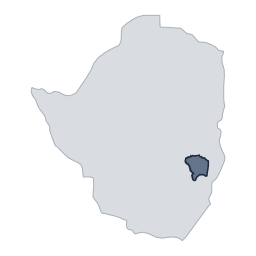 Bikita, Masvingo, Zimbabwe (highlighted)
{"feature_id": "62879985B26822606878793", "entity_name": "Bikita", "entity_type": "district", "adm_level": 2, "iso_a3": "ZWE", "parent_name": "Zimbabwe", "parent_adm1": "Masvingo", "projection": "equal_earth", "projection_center": [31.804, -20.202], "detail": "fine", "context": "in_parent", "style": "filled", "palette": "slate", "viewbox_px": 256, "rotation_deg": 0, "n_neighbors": 0, "source": "geoboundaries", "source_scale": "gbopen_adm2", "svg_char_len": 5690}
<svg xmlns="http://www.w3.org/2000/svg" viewBox="0 0 256 256"><path d="M182.3,240.6L180.1,238.8L177.1,237.5L173.2,237.0L168.2,237.2L162.0,238.2L155.4,237.0L148.3,233.5L142.4,232.2L135.4,233.7L135.1,233.8L133.8,232.6L131.9,230.0L128.7,229.6L127.8,228.9L127.1,228.0L126.6,226.8L126.4,225.4L126.9,221.2L126.6,220.7L125.8,220.2L124.0,219.7L119.8,217.7L114.4,215.9L105.8,213.8L102.4,213.3L101.7,212.7L100.7,211.1L99.0,206.2L97.4,203.0L93.6,198.0L93.0,196.5L93.2,192.5L93.4,189.3L93.8,186.6L93.6,184.0L93.5,180.9L93.6,178.8L93.1,177.9L91.7,177.2L87.9,176.9L83.2,177.0L83.0,173.8L82.5,168.9L81.6,166.0L80.6,164.5L78.4,162.9L74.0,160.8L68.1,157.6L63.0,152.8L57.1,146.8L55.3,145.8L53.1,140.2L49.7,130.6L49.9,127.4L49.4,125.8L46.2,121.1L45.5,118.6L44.9,116.2L39.7,109.2L38.0,106.2L36.6,102.3L35.3,99.2L34.2,98.0L32.7,95.8L31.7,93.4L31.2,91.6L31.5,89.2L32.0,87.6L36.8,89.3L39.5,89.4L41.5,88.6L44.1,89.7L47.1,92.9L50.4,93.5L54.0,91.5L58.8,92.1L64.9,95.2L70.0,95.8L75.9,93.1L81.2,85.4L86.2,78.1L91.1,69.8L94.0,63.0L98.4,57.5L104.1,53.2L110.0,49.6L119.0,45.3L120.8,41.6L121.3,37.7L121.3,32.2L121.8,28.6L122.7,27.0L124.2,25.7L126.1,24.0L132.0,19.9L137.0,17.2L143.1,15.4L149.7,15.4L156.1,15.4L159.8,15.4L159.8,20.7L160.1,26.6L160.8,27.2L165.7,27.3L173.4,27.8L180.8,28.2L185.6,32.5L187.2,33.4L192.1,34.6L198.4,41.8L206.0,42.5L211.2,44.7L215.8,47.2L218.5,50.1L220.2,50.8L222.5,51.0L223.6,51.3L223.3,53.4L221.8,57.1L222.0,62.2L224.1,69.4L224.4,75.6L223.7,86.6L223.7,97.2L223.9,101.0L224.2,103.5L224.7,104.9L224.6,106.5L223.3,110.9L222.3,115.6L222.3,117.5L221.9,118.8L221.1,120.0L217.8,122.1L217.3,123.5L217.3,125.9L217.7,127.9L218.9,128.7L220.4,129.8L221.0,131.3L221.0,132.9L220.5,135.9L219.2,140.8L220.5,146.5L221.9,150.1L224.0,154.3L224.8,157.0L224.8,158.8L224.5,160.6L221.4,168.4L219.2,173.2L216.5,178.3L212.9,181.5L212.0,183.1L211.7,184.8L211.8,188.7L211.6,192.7L208.6,198.8L210.5,204.2L210.0,204.6L209.0,205.4L204.7,211.4L200.3,217.4L197.0,221.8L193.4,226.8L189.3,232.4L185.8,237.2L182.3,240.6Z" fill="#d9dde1" stroke="#a8b0b8" stroke-width="1"/><path d="M208.3,161.1L208.2,160.8L208.0,160.7L207.8,160.5L207.5,160.5L207.2,160.5L207.1,160.4L206.9,160.4L206.7,160.2L206.5,159.9L206.4,159.8L206.2,159.8L206.1,159.7L205.9,159.5L205.8,159.4L205.7,159.2L205.4,159.1L205.1,158.8L205.0,158.7L204.9,158.1L204.7,158.0L204.6,157.9L204.0,157.9L203.4,157.9L202.6,157.9L202.6,158.0L202.3,158.0L202.2,158.0L202.2,157.9L202.1,157.6L201.9,157.4L201.8,156.9L201.7,156.8L201.4,156.6L201.2,156.6L200.9,156.7L200.5,156.7L200.3,156.6L200.0,156.4L199.9,156.4L199.7,156.3L199.5,156.1L199.4,156.0L199.4,155.9L199.3,155.7L199.2,155.5L199.2,155.2L198.6,155.3L198.2,155.4L197.8,155.5L197.5,155.6L197.2,155.6L196.5,155.6L196.2,155.8L195.7,155.8L195.3,156.1L195.1,156.1L194.9,155.9L194.5,155.9L194.2,155.9L193.7,155.8L193.3,155.7L193.1,155.7L192.9,155.7L192.7,155.6L192.3,155.6L192.2,155.6L192.0,155.9L192.0,156.0L191.9,156.0L191.7,156.1L191.6,156.3L191.5,156.5L191.4,156.5L191.3,156.4L191.2,156.3L191.0,156.2L190.9,156.2L190.7,156.0L190.6,156.6L190.4,156.7L190.3,156.8L190.1,156.8L189.9,156.9L189.5,157.0L189.4,157.2L188.8,157.4L188.7,157.2L188.5,156.9L188.3,156.9L188.2,157.1L187.9,157.2L187.8,157.3L187.6,157.4L187.4,157.4L187.0,157.8L187.0,158.0L186.8,157.9L186.6,157.9L186.2,158.0L186.1,158.4L185.9,158.3L185.3,160.2L185.4,160.9L185.2,161.2L185.6,162.4L186.0,161.9L186.1,162.1L186.2,162.5L186.3,162.6L186.4,162.8L186.5,163.0L186.7,163.3L186.8,163.4L186.8,163.7L186.9,163.8L187.0,163.7L187.3,163.9L187.4,164.0L187.5,163.9L187.8,163.9L188.0,164.1L188.3,164.1L188.5,164.5L188.5,164.8L188.4,164.9L188.4,165.0L188.5,165.2L188.5,165.3L188.4,165.3L188.6,165.4L188.7,165.6L189.0,165.7L189.2,166.0L189.3,166.1L189.5,166.2L189.5,166.3L189.8,166.5L189.8,166.8L189.8,167.3L189.8,167.8L189.7,167.8L189.8,168.0L189.8,168.4L189.8,168.5L190.0,168.6L190.1,168.8L190.1,169.0L190.3,169.1L190.5,169.2L190.5,169.3L190.4,169.3L190.4,169.6L190.3,169.9L190.3,170.1L190.2,170.6L190.3,170.7L190.5,170.7L190.8,170.7L190.9,170.8L190.9,171.0L191.0,171.2L191.3,171.2L191.3,171.3L191.3,171.5L191.4,171.8L191.5,171.9L191.6,171.7L191.6,171.8L191.8,171.9L191.8,172.0L192.0,172.2L192.1,172.3L192.4,172.5L192.5,172.6L192.7,172.8L192.8,172.9L193.0,172.9L193.0,173.0L193.0,173.3L193.2,173.5L192.8,173.5L192.7,173.6L192.6,173.8L192.5,174.0L192.4,174.1L192.5,174.2L192.5,174.3L192.3,174.6L192.3,174.9L192.2,175.0L192.0,175.3L191.9,175.5L192.0,175.5L192.4,176.6L192.3,176.8L192.4,177.0L192.3,177.3L192.2,177.4L192.3,177.5L192.5,177.5L192.5,177.8L192.5,178.0L192.7,178.5L192.7,178.8L192.8,178.8L192.9,179.0L192.9,179.4L193.0,179.5L193.4,179.8L193.5,179.9L193.5,180.0L193.4,180.0L193.5,180.2L193.8,180.1L194.2,180.4L194.3,180.5L194.7,180.5L195.6,179.9L196.1,178.8L196.2,178.4L196.5,177.4L197.8,176.3L199.0,175.2L199.4,174.9L199.6,174.7L199.9,174.6L200.0,174.7L200.2,174.8L200.3,174.8L200.9,174.9L201.4,174.8L201.6,174.7L201.9,174.7L202.2,174.7L202.3,174.7L202.7,174.6L203.0,174.7L203.4,174.7L203.5,174.7L203.5,174.8L203.9,175.0L204.0,175.0L204.3,175.2L204.4,175.4L204.5,175.5L204.8,175.7L205.6,175.9L205.8,175.9L205.8,176.0L206.0,176.0L206.3,176.2L206.5,176.2L206.8,176.2L206.8,176.3L206.9,175.7L207.0,175.2L207.0,174.8L207.0,174.3L207.1,174.0L207.1,173.9L207.1,173.6L207.1,173.3L207.2,172.9L207.2,172.6L207.3,172.1L207.3,171.9L207.4,171.6L207.4,171.4L207.5,171.2L207.6,170.6L207.7,170.1L207.8,169.8L207.8,169.6L207.8,169.3L207.8,169.2L207.9,168.3L208.0,168.0L208.0,167.6L208.0,167.4L208.0,167.1L208.2,166.6L208.3,166.4L208.2,165.8L208.2,165.5L208.3,164.9L208.3,164.7L208.3,164.3L208.3,164.1L208.4,163.8L208.4,163.5L208.4,163.4L208.3,163.0L208.2,162.5L208.2,162.3L208.4,161.8L208.4,161.5L208.3,161.2L208.3,161.1Z" fill="#64748b" stroke="#1e293b" stroke-width="1.5"/></svg>